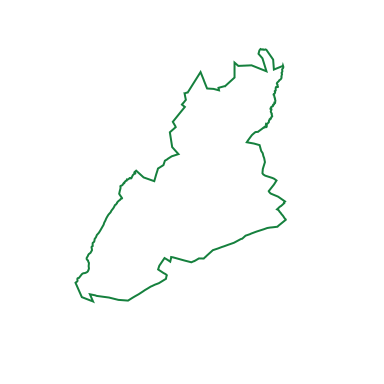 Insiza, Matabeleland South, Zimbabwe, rotated 48°
{"feature_id": "62879985B6112756891378", "entity_name": "Insiza", "entity_type": "district", "adm_level": 2, "iso_a3": "ZWE", "parent_name": "Zimbabwe", "parent_adm1": "Matabeleland South", "projection": "mercator", "projection_center": [29.319, -20.268], "detail": "fine", "context": "isolated", "style": "outline", "palette": "green", "viewbox_px": 384, "rotation_deg": 48, "n_neighbors": 0, "source": "geoboundaries", "source_scale": "gbopen_adm2", "svg_char_len": 5700}
<svg xmlns="http://www.w3.org/2000/svg" viewBox="0 0 384 384"><g transform="rotate(48 192 192)"><path d="M113.7,131.5L116.5,133.2L119.4,134.9L120.1,139.2L120.0,139.5L120.3,141.0L124.0,140.4L125.4,149.4L127.0,159.3L131.8,160.3L132.9,160.7L132.8,168.5L145.4,176.7L154.8,176.7L151.9,183.2L151.1,188.0L151.2,188.4L150.6,191.2L152.9,195.2L151.8,201.6L152.6,202.8L155.0,206.9L158.7,212.8L148.8,218.2L138.8,219.2L138.8,220.5L138.7,221.2L138.9,221.7L139.3,221.7L139.5,221.4L140.1,221.5L140.3,221.8L140.2,222.2L139.8,222.7L139.9,224.8L140.5,226.2L140.8,226.9L141.2,227.9L141.1,228.2L140.8,228.5L140.2,228.5L139.9,229.0L140.0,230.0L139.9,230.8L139.7,231.4L139.5,231.6L139.1,231.9L139.2,232.1L139.5,232.3L139.7,232.5L139.8,233.1L139.4,233.7L139.4,234.2L139.5,235.0L140.0,236.2L139.6,236.3L139.6,236.6L140.1,238.3L140.3,239.0L140.2,239.7L139.8,240.7L139.7,241.2L139.8,241.4L140.5,241.8L141.5,242.8L143.0,245.1L144.6,247.3L145.4,247.5L149.8,248.1L149.9,248.3L149.6,249.2L149.5,249.7L149.7,251.1L149.6,251.7L149.5,252.5L149.7,254.7L149.8,254.9L150.1,255.2L150.4,257.0L150.2,257.8L150.3,258.4L150.5,258.7L151.3,260.9L151.4,261.4L151.7,262.9L151.9,264.2L152.4,265.6L152.6,266.0L152.7,266.8L152.8,268.1L153.0,269.5L153.7,271.8L154.3,273.5L155.1,275.2L155.2,275.3L155.9,277.3L156.4,278.4L157.1,279.4L159.3,286.1L160.0,288.6L160.3,291.5L161.3,293.5L161.8,295.6L161.8,295.8L163.0,297.2L163.4,297.9L163.5,298.6L163.4,299.7L163.5,300.0L164.3,300.8L165.7,301.9L165.7,302.2L165.5,302.9L165.5,303.1L165.9,303.7L167.8,304.8L168.0,305.1L168.4,305.4L169.3,308.2L169.2,309.2L169.1,310.2L169.3,311.1L169.9,312.3L170.5,314.3L170.7,314.5L171.0,314.9L171.5,315.2L172.3,315.3L173.0,315.1L173.3,315.1L174.3,315.7L175.6,316.0L176.1,316.4L177.2,317.6L177.9,318.4L179.1,319.2L180.0,319.9L180.3,320.4L180.4,320.7L180.6,320.9L181.3,322.6L181.3,323.4L181.2,324.1L181.1,324.4L181.0,324.7L180.6,325.8L179.7,327.1L179.4,328.1L179.4,328.3L179.4,329.0L180.1,332.9L180.2,333.4L179.6,334.6L179.6,334.8L179.8,335.2L180.0,335.5L181.3,336.4L181.6,336.9L181.7,337.2L181.5,338.1L181.5,339.3L196.4,344.2L205.0,339.9L206.2,339.2L207.1,338.8L199.7,336.3L204.0,333.1L205.4,332.4L214.9,324.3L222.9,318.9L229.9,312.2L230.8,307.0L231.4,304.0L232.3,300.0L233.1,294.9L233.4,292.6L234.0,289.7L234.7,285.9L235.1,284.8L236.1,281.4L236.8,279.7L237.6,277.6L239.1,269.4L238.5,268.7L237.7,267.6L237.0,266.4L236.7,266.4L235.3,266.6L233.1,267.4L230.0,268.2L226.9,269.0L226.0,267.5L224.9,265.6L222.7,256.6L226.0,255.6L229.2,254.8L227.2,251.9L226.4,251.0L227.9,249.8L237.8,243.5L243.8,239.5L244.9,236.2L245.0,236.2L246.0,231.3L249.3,227.8L249.2,226.1L249.3,225.7L249.2,223.7L249.2,215.4L251.3,210.6L252.9,206.5L253.0,206.3L253.8,204.5L255.4,200.5L257.8,194.8L259.5,187.8L259.8,186.8L260.3,186.0L260.3,181.4L262.1,177.2L262.5,175.8L264.6,170.5L267.8,163.4L269.1,160.2L270.7,157.7L272.2,155.7L275.0,151.7L274.9,150.5L275.4,140.9L275.1,140.7L273.7,140.8L270.4,140.3L268.3,140.3L267.1,140.1L265.3,140.1L263.4,139.8L261.8,140.4L261.8,139.2L261.7,136.7L262.0,134.9L262.0,130.9L261.4,130.7L261.3,129.2L253.2,131.1L252.7,131.3L246.6,134.2L245.6,134.6L243.5,134.6L242.7,134.4L242.6,133.8L241.3,126.1L240.0,121.5L237.1,122.1L235.3,122.9L228.8,126.7L226.6,127.3L225.2,127.1L222.3,124.0L218.6,117.8L215.1,115.7L213.0,114.9L210.5,113.5L207.8,113.1L202.4,110.4L197.5,113.5L191.7,118.0L191.1,115.8L189.8,109.5L189.8,107.1L189.9,104.8L191.5,102.6L191.5,101.6L191.9,97.8L192.0,96.0L192.1,95.8L192.3,95.7L192.3,95.1L192.6,94.7L192.4,94.5L192.1,94.5L192.1,94.2L192.3,93.9L193.1,93.3L193.5,93.2L193.5,92.9L193.3,92.6L192.9,92.2L192.3,91.7L192.0,91.7L191.9,92.0L192.0,92.1L191.7,92.1L191.4,92.0L191.2,91.6L191.2,91.4L190.9,91.2L191.1,91.0L191.7,90.4L191.7,90.1L191.6,89.4L191.6,88.8L191.6,88.7L191.6,88.4L191.4,88.0L190.9,87.5L190.8,87.4L190.7,87.4L190.6,87.2L190.4,86.9L190.4,86.2L189.9,85.7L189.9,85.3L190.1,85.0L190.3,84.8L190.3,84.7L190.1,84.6L189.9,84.5L190.0,84.1L190.0,83.8L189.6,83.3L189.6,83.0L189.4,82.6L189.3,82.3L189.5,82.2L189.5,81.9L189.3,81.6L188.8,81.5L188.4,81.3L188.0,80.9L187.8,80.8L187.7,80.8L187.4,80.8L186.9,80.4L186.9,80.2L185.4,79.9L185.0,79.7L184.6,79.2L184.1,78.1L183.8,77.7L183.6,77.6L183.4,77.7L182.9,78.1L182.7,78.1L182.5,77.6L182.3,77.4L182.3,76.8L181.9,76.4L181.9,76.0L182.1,75.5L182.0,74.7L182.3,74.5L182.3,74.4L181.9,73.8L181.5,73.5L181.4,73.3L181.4,73.1L181.8,72.8L181.8,72.7L181.8,72.3L181.3,71.7L181.3,71.3L181.0,71.1L181.3,70.9L181.4,70.7L181.2,70.5L181.1,70.3L180.7,69.9L180.5,69.6L180.0,69.1L179.8,68.8L179.4,68.6L178.9,68.5L178.7,68.2L178.3,67.9L177.7,67.6L177.3,67.6L177.1,67.5L176.9,67.2L176.3,67.0L175.1,66.3L174.7,66.2L174.3,66.3L174.1,66.1L174.0,65.8L173.9,65.6L173.9,65.3L174.0,64.9L174.1,64.7L173.9,64.2L173.4,63.4L173.2,63.3L172.5,63.1L172.4,63.0L172.4,62.7L172.6,62.2L172.5,61.8L171.3,60.8L170.5,59.9L170.3,59.6L170.3,59.3L170.3,59.1L171.2,58.3L171.4,58.0L171.4,57.8L171.1,57.6L170.6,57.6L170.4,57.5L170.1,57.3L169.8,56.8L169.6,56.7L168.4,56.5L168.1,56.3L167.9,56.0L167.7,55.0L167.7,54.4L167.7,53.6L167.7,53.2L167.4,52.6L167.4,52.3L167.6,51.0L167.4,49.7L166.5,48.5L166.1,48.4L165.9,48.1L165.6,47.7L165.1,47.0L164.8,46.4L164.7,46.3L164.2,46.0L163.5,45.8L163.2,45.3L163.1,44.6L162.7,44.0L161.3,43.1L161.1,42.7L160.9,42.1L160.9,41.6L160.6,40.9L160.2,40.5L159.8,40.2L158.9,39.8L159.1,40.1L155.8,49.2L147.9,43.1L136.2,41.6L135.3,41.9L134.6,43.2L134.2,43.6L133.4,43.8L133.1,44.7L131.6,45.4L131.9,47.2L133.8,50.1L139.8,50.2L152.1,55.9L137.7,63.0L129.3,73.2L124.3,73.8L135.4,83.8L135.5,96.5L135.4,96.5L132.3,102.6L134.5,103.9L129.8,107.0L125.2,111.5L124.5,111.3L116.9,108.5L116.8,108.4L116.3,108.2L108.6,105.4L115.2,128.7L114.9,129.0L114.7,129.3L114.3,130.2L114.1,130.9L113.9,131.3L113.7,131.5Z" fill="none" stroke="#15803d" stroke-width="2"/></g></svg>